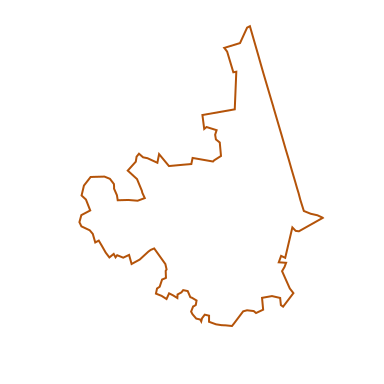 the district of Middlesex, Massachusetts, United States of America, rotated 72°
{"feature_id": "52423323B1907827935694", "entity_name": "Middlesex", "entity_type": "district", "adm_level": 2, "iso_a3": "USA", "parent_name": "United States of America", "parent_adm1": "Massachusetts", "projection": "natural_earth1", "projection_center": [-71.366, 42.447], "detail": "fine", "context": "isolated", "style": "outline", "palette": "amber", "viewbox_px": 384, "rotation_deg": 72, "n_neighbors": 0, "source": "geoboundaries", "source_scale": "gbopen_adm2", "svg_char_len": 1956}
<svg xmlns="http://www.w3.org/2000/svg" viewBox="0 0 384 384"><g transform="rotate(72 192 192)"><path d="M285.9,249.3L281.3,245.1L284.4,242.0L288.3,238.7L285.0,237.4L284.2,233.1L282.6,230.7L284.9,226.7L291.5,226.1L292.6,224.7L296.6,221.2L300.6,223.3L301.1,225.1L301.2,226.3L305.5,229.8L308.4,229.3L313.7,227.1L314.3,226.1L315.8,223.6L317.9,223.2L315.2,221.5L312.6,217.8L314.9,214.0L320.7,215.9L325.3,210.0L327.8,205.0L329.3,201.0L331.8,195.4L330.1,192.8L321.3,180.2L321.5,176.2L324.3,170.1L326.9,168.5L325.9,160.7L314.3,158.1L315.7,148.1L320.0,140.9L327.0,142.4L329.2,140.8L319.5,126.8L314.0,128.8L295.1,130.8L291.8,127.1L288.4,124.4L285.7,131.2L280.3,127.0L283.4,123.7L256.7,107.5L261.0,105.4L262.4,102.5L257.0,75.6L256.8,75.7L252.9,79.9L249.4,85.8L244.6,91.5L233.1,91.4L226.2,91.0L220.5,90.9L215.0,90.7L200.6,90.3L195.2,90.1L192.5,90.0L189.4,89.9L180.4,89.7L165.5,89.2L137.5,88.4L137.1,88.4L135.7,88.3L130.7,88.2L100.8,87.4L92.3,87.1L81.9,86.7L52.2,85.7L52.7,88.8L65.2,100.3L64.9,116.8L69.3,115.2L90.9,115.7L91.3,112.7L126.6,125.8L122.0,158.3L135.8,160.9L134.7,158.1L140.8,149.5L144.7,152.3L149.4,153.0L153.5,150.3L166.7,153.3L168.7,161.1L169.5,162.6L159.8,180.9L165.2,184.0L163.4,191.7L160.2,205.9L145.8,211.6L153.5,215.9L146.1,223.9L143.9,227.8L139.2,230.6L141.3,233.8L145.8,236.1L151.8,246.5L162.7,240.3L175.4,239.3L177.3,239.5L183.2,238.8L183.5,246.4L179.9,255.0L176.9,265.2L171.9,264.4L164.7,265.1L163.0,264.5L160.3,263.8L154.1,266.0L150.3,270.5L147.3,280.6L146.4,283.8L152.5,292.8L161.2,298.1L166.4,295.2L178.1,294.5L179.8,304.4L185.9,308.4L190.5,307.8L196.8,301.1L201.2,299.3L210.1,299.6L209.4,295.7L215.7,294.3L223.0,292.8L228.7,290.8L226.7,285.6L230.5,284.9L229.0,282.7L233.2,277.7L232.4,271.3L241.8,271.7L240.1,262.6L235.2,251.9L234.3,249.1L234.0,245.4L252.3,239.6L257.8,240.1L258.9,241.4L265.6,243.3L265.8,244.7L266.0,247.5L272.1,252.0L273.0,255.1L277.5,257.7L281.4,253.0L285.9,249.3Z" fill="none" stroke="#b45309" stroke-width="2"/></g></svg>